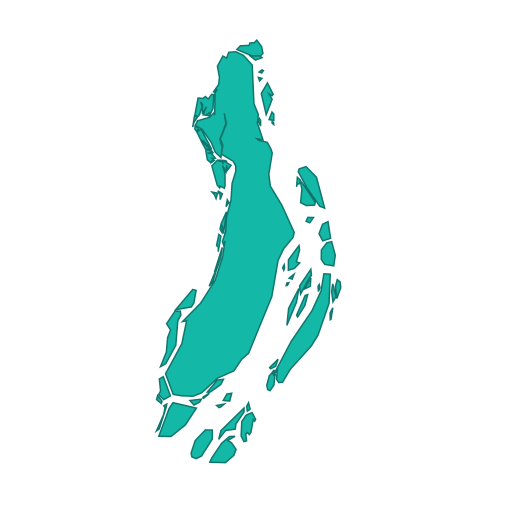 Bhola, Barisal, Bangladesh, rotated 12°
{"feature_id": "16705992B37732832620169", "entity_name": "Bhola", "entity_type": "district", "adm_level": 2, "iso_a3": "BGD", "parent_name": "Bangladesh", "parent_adm1": "Barisal", "projection": "natural_earth1", "projection_center": [90.703, 22.35], "detail": "fine", "context": "isolated", "style": "filled", "palette": "teal", "viewbox_px": 512, "rotation_deg": 12, "n_neighbors": 0, "source": "geoboundaries", "source_scale": "gbopen_adm2", "svg_char_len": 6178}
<svg xmlns="http://www.w3.org/2000/svg" viewBox="0 0 512 512"><g transform="rotate(12 256 256)"><path d="M180.3,104.2L181.9,104.8L182.0,103.2L183.4,100.8L182.1,105.4L186.3,126.9L185.3,124.4L181.6,130.1L170.7,135.9L169.5,140.8L177.0,143.3L188.7,154.3L194.4,162.8L201.2,167.0L200.2,156.6L196.4,149.3L199.0,132.9L195.3,122.9L199.6,132.7L196.8,149.0L200.5,154.5L201.1,163.6L213.9,168.0L217.4,172.1L218.6,177.7L217.5,189.9L219.9,206.3L219.1,224.7L221.3,238.3L220.1,248.8L222.1,252.2L222.5,247.7L223.6,264.2L221.1,288.4L211.6,313.7L197.8,335.4L201.6,333.8L201.7,357.2L192.0,390.0L203.8,408.6L212.5,408.2L223.7,406.2L231.2,401.2L243.9,383.4L258.3,372.9L263.5,359.9L269.0,352.6L279.9,292.4L278.5,255.7L281.6,243.0L288.3,230.3L288.5,225.0L270.6,200.8L255.5,184.7L251.5,173.3L250.5,152.0L248.3,148.2L243.4,142.5L234.6,142.3L232.5,141.1L238.6,140.8L229.6,125.4L228.9,117.2L222.3,107.4L212.6,70.0L202.0,62.4L193.8,60.4L187.0,62.4L186.1,68.5L182.0,67.3L178.8,78.4L183.1,88.8L183.8,96.1L180.3,104.2ZM337.3,287.2L332.4,258.3L326.1,259.3L326.9,276.8L322.1,298.0L308.1,332.4L299.3,363.6L299.3,366.0L300.6,363.5L301.7,372.2L304.6,375.1L308.2,374.0L313.1,359.6L328.7,332.7L333.1,320.6L337.3,287.2ZM229.3,417.2L205.3,416.7L202.7,423.3L198.4,452.6L210.4,450.2L222.1,435.9L229.3,417.2ZM313.2,194.9L298.8,166.4L286.4,158.2L280.1,161.8L279.8,164.8L292.0,179.0L308.1,194.1L313.2,194.9ZM185.6,384.1L190.1,380.1L196.1,360.0L193.0,335.6L194.8,329.2L193.3,325.6L188.2,327.0L182.6,340.8L187.8,346.1L186.5,354.2L188.3,368.7L185.6,384.1ZM253.7,467.3L269.0,464.5L275.8,455.6L276.7,449.3L270.9,443.8L266.7,442.3L273.0,436.7L267.6,438.1L261.5,446.0L254.8,462.5L253.7,467.3ZM239.5,466.7L244.3,463.0L251.3,444.2L249.5,435.3L242.6,436.7L234.9,449.2L233.5,462.3L235.0,465.8L239.5,466.7ZM208.2,169.5L205.1,169.1L198.4,170.2L194.1,177.1L203.3,194.7L206.3,197.0L206.3,195.1L211.0,196.3L211.1,193.7L208.6,181.9L204.5,174.5L209.2,180.0L208.5,173.2L210.2,178.0L212.8,172.5L206.3,170.3L203.8,170.3L204.7,173.0L203.2,170.5L199.4,171.2L203.2,169.8L208.2,169.5ZM333.4,238.8L327.0,226.2L322.5,228.4L318.7,236.5L320.5,245.6L324.9,249.9L334.1,249.5L333.4,238.8ZM166.9,131.3L170.5,131.3L171.4,129.4L172.2,121.0L169.7,116.8L172.3,118.9L174.0,128.1L176.5,120.2L174.9,128.9L177.7,128.7L181.2,124.9L178.5,128.6L181.3,128.7L183.2,120.6L181.2,106.9L179.1,107.0L176.6,112.4L173.3,110.5L171.4,112.9L166.5,113.5L166.9,131.3ZM289.6,415.9L284.7,410.0L279.4,413.7L276.5,420.9L278.9,435.3L282.8,440.1L285.2,438.8L283.0,432.2L284.3,430.5L286.6,432.1L287.7,429.3L287.3,416.5L289.0,417.8L289.6,415.9ZM194.3,58.0L210.2,61.0L218.8,59.2L220.7,56.5L218.0,50.1L211.9,44.7L209.9,47.8L205.8,48.8L205.4,51.4L197.0,53.7L194.3,58.0ZM239.2,94.3L231.2,84.3L227.4,96.0L236.6,115.6L239.2,99.3L235.0,94.7L238.4,95.8L239.2,94.3ZM188.6,325.2L203.4,319.3L205.0,315.0L204.6,302.1L201.1,301.9L188.6,325.2ZM302.8,191.2L285.3,174.2L284.0,174.1L287.0,181.1L288.5,194.5L294.7,196.2L302.8,194.0L302.8,191.2ZM271.7,429.7L271.3,424.5L276.7,411.1L275.9,407.2L258.0,434.1L257.6,443.1L262.5,433.0L271.7,429.7ZM189.7,411.7L195.6,415.7L201.4,410.6L190.4,393.3L187.0,396.4L190.7,407.8L189.7,411.7ZM300.2,253.7L296.7,253.4L297.4,241.1L295.9,236.8L288.5,253.0L290.6,263.2L296.1,260.2L300.2,253.7ZM319.3,207.4L314.5,211.1L313.0,221.1L318.1,227.3L325.3,223.2L319.3,207.4ZM300.6,317.4L305.2,292.8L304.7,278.9L298.8,300.4L300.6,317.4ZM307.5,284.0L312.8,265.9L314.3,263.5L312.4,257.6L304.9,276.1L307.5,284.0ZM297.8,384.8L300.4,378.4L299.4,370.0L296.0,366.8L293.9,370.4L293.4,380.2L295.2,384.3L297.8,384.8ZM239.6,398.5L248.3,389.0L249.8,383.3L243.9,385.5L236.7,399.2L239.6,398.5ZM172.7,147.4L178.0,154.1L180.9,154.4L190.6,161.0L176.5,144.1L174.5,144.2L172.7,147.4ZM188.4,172.0L191.6,173.7L193.3,172.0L193.0,173.8L195.4,171.1L192.7,169.7L195.9,168.8L191.0,164.8L187.0,165.6L190.8,164.3L189.7,163.3L192.9,164.3L190.8,162.4L184.5,162.1L188.4,172.0ZM309.4,307.0L314.1,294.2L314.6,283.0L312.3,284.4L308.0,305.5L309.4,307.0ZM343.9,280.8L345.5,269.5L343.8,264.0L340.4,262.2L340.0,269.1L343.9,280.8ZM340.8,284.8L342.7,279.0L336.8,267.3L337.4,275.2L340.8,284.8ZM254.0,404.1L260.4,403.4L260.8,395.3L256.3,397.0L254.0,404.1ZM215.2,231.7L217.7,235.4L219.6,240.8L217.9,218.9L215.2,231.7ZM215.2,253.9L217.4,255.3L218.1,259.6L217.6,244.0L215.2,242.6L215.2,253.9ZM219.9,280.9L221.9,264.9L221.2,254.6L218.7,280.2L219.9,280.9ZM226.4,414.7L231.3,410.5L232.4,407.4L221.4,411.1L226.4,414.7ZM297.8,211.7L301.7,212.3L304.2,206.4L298.6,207.5L297.8,211.7ZM220.7,60.7L218.1,59.4L209.1,61.7L214.7,64.5L220.7,60.7ZM310.3,278.2L315.4,274.3L314.2,265.9L310.3,278.2ZM198.6,430.3L195.0,447.8L197.3,445.2L199.6,422.6L199.5,419.4L196.9,421.7L198.6,423.2L198.6,430.3ZM245.2,119.6L243.9,113.5L241.7,111.9L240.4,119.9L245.2,119.6ZM293.7,363.3L298.1,359.9L299.1,352.4L292.5,362.3L293.7,363.3ZM184.3,161.8L189.3,161.5L178.2,154.5L180.6,157.5L184.3,161.8ZM194.0,419.9L194.3,417.6L188.8,412.9L188.6,417.1L194.0,419.9ZM283.2,176.5L283.9,172.7L280.1,170.4L281.3,179.9L281.3,176.9L283.2,176.5ZM205.0,208.1L205.4,202.5L199.7,202.6L202.6,204.6L205.0,208.1ZM279.8,409.6L282.1,407.0L279.2,401.1L278.1,405.0L279.8,409.6ZM251.4,412.0L253.2,410.7L255.7,407.4L248.6,410.4L251.4,412.0ZM167.3,143.1L167.5,138.3L170.0,131.9L166.7,132.0L167.3,143.1ZM216.5,295.3L219.2,289.8L219.9,281.9L218.9,282.2L216.5,295.3ZM341.9,290.7L340.3,296.3L341.9,302.9L342.5,302.3L341.9,290.7ZM296.2,271.1L297.0,265.9L293.0,270.8L296.2,271.1ZM171.8,146.4L173.5,142.7L169.4,141.7L169.8,144.6L171.8,146.4ZM209.2,208.3L210.2,202.2L205.2,200.2L208.2,203.7L209.2,208.3ZM217.7,239.9L216.8,234.6L215.2,233.3L215.2,237.2L217.7,239.9ZM233.5,127.9L232.3,122.5L230.7,120.7L230.0,123.2L233.5,127.9ZM324.4,277.8L325.1,273.7L323.8,270.7L323.0,272.6L324.4,277.8ZM224.9,81.0L221.2,80.8L223.1,84.0L224.9,81.0ZM216.4,213.9L218.4,209.3L216.2,207.0L216.4,213.9ZM224.7,73.1L223.1,72.7L220.8,75.4L223.5,75.8L224.7,73.1ZM286.1,264.2L286.4,261.5L285.4,258.7L284.5,262.0L286.1,264.2ZM291.7,278.7L292.9,278.2L293.6,275.3L291.8,276.0L291.7,278.7ZM234.3,406.1L238.3,401.1L238.5,400.1L233.4,405.2L234.3,406.1ZM246.0,123.7L245.3,121.5L243.8,121.3L244.2,122.8L246.0,123.7ZM299.5,368.1L297.8,364.2L297.2,364.1L296.2,366.2L299.5,368.1Z" fill="#14b8a6" stroke="#0f766e" stroke-width="1.5"/></g></svg>